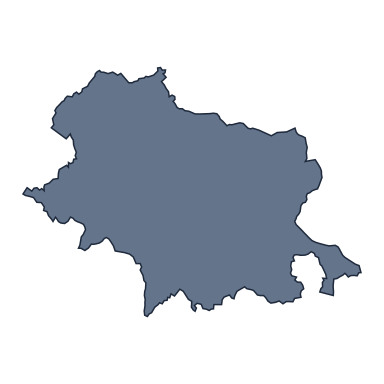 outline of Passo Fundo, Rio Grande do Sul, Brazil
{"feature_id": "56859067B65204532927466", "entity_name": "Passo Fundo", "entity_type": "district", "adm_level": 2, "iso_a3": "BRA", "parent_name": "Brazil", "parent_adm1": "Rio Grande do Sul", "projection": "robinson", "projection_center": [-52.438, -28.266], "detail": "fine", "context": "isolated", "style": "filled", "palette": "slate", "viewbox_px": 384, "rotation_deg": 0, "n_neighbors": 0, "source": "geoboundaries", "source_scale": "gbopen_adm2", "svg_char_len": 4184}
<svg xmlns="http://www.w3.org/2000/svg" viewBox="0 0 384 384"><path d="M25.3,195.4L29.9,196.5L33.6,197.6L36.8,202.3L41.3,202.6L44.3,207.0L43.6,210.5L47.0,211.6L48.5,215.6L51.7,219.4L53.0,221.5L55.5,217.2L57.0,219.1L58.5,221.6L60.8,223.0L64.6,223.5L67.9,221.3L70.5,217.1L73.1,218.3L74.9,220.4L77.4,221.7L80.4,222.8L83.4,224.3L84.8,226.8L85.5,229.7L83.3,234.4L81.3,236.9L79.9,245.1L78.5,248.2L81.0,248.3L84.9,250.5L88.5,248.0L91.4,244.1L93.5,244.3L95.9,243.9L99.4,243.0L102.1,241.2L104.3,238.5L106.2,237.5L108.7,238.8L110.5,241.2L113.4,245.8L115.2,251.0L124.5,252.6L129.6,254.1L133.3,257.0L136.1,263.6L140.2,263.6L141.6,267.0L140.2,270.0L143.0,275.4L143.9,280.4L145.9,282.9L145.7,285.7L145.5,288.9L144.7,291.5L144.4,295.5L145.2,299.5L144.9,302.6L145.0,305.6L144.2,311.0L144.7,315.2L147.4,316.5L149.1,314.0L151.6,312.7L153.5,309.4L154.8,307.2L158.0,304.7L159.5,302.8L162.2,303.8L164.2,300.6L167.1,300.3L167.7,297.4L169.7,297.8L171.0,293.9L174.5,296.0L179.8,289.2L183.3,291.3L188.4,299.4L191.7,301.3L191.6,304.7L191.4,307.2L193.3,310.0L195.1,311.3L196.4,308.0L194.4,305.6L197.1,303.3L201.2,304.3L203.0,308.6L206.4,309.2L209.2,310.5L211.3,309.1L213.5,308.9L213.9,304.6L221.6,304.6L222.2,299.7L224.1,297.1L226.8,296.0L229.5,295.0L231.7,298.0L234.0,298.8L234.7,296.0L235.9,293.4L237.0,291.3L238.9,290.1L244.7,286.8L246.6,288.6L248.9,289.2L251.0,289.6L253.4,290.4L255.6,292.8L257.4,295.0L260.7,295.6L263.5,295.5L265.6,297.5L268.0,301.2L270.9,303.1L275.3,302.4L279.2,301.0L283.0,303.8L286.2,301.6L289.3,301.6L292.9,301.8L294.6,298.4L301.0,297.3L300.3,293.9L301.3,290.7L303.7,288.8L302.7,285.2L300.7,282.2L297.4,282.1L294.8,280.0L296.5,277.1L291.8,275.8L290.5,273.1L291.7,269.6L290.7,266.0L291.4,261.8L294.4,260.9L293.0,257.4L294.3,255.0L297.1,254.7L300.6,255.3L305.2,255.1L308.0,254.1L311.2,251.7L314.4,253.4L315.3,256.1L318.5,257.6L320.1,264.4L321.9,266.0L324.2,270.9L325.8,274.4L326.6,278.5L322.8,278.2L323.9,280.3L322.4,282.5L322.6,286.9L320.9,288.6L319.8,292.0L333.3,295.5L333.5,291.6L333.1,286.1L333.8,279.1L337.0,278.5L340.0,276.6L342.9,275.1L344.9,273.3L346.7,275.0L348.3,277.0L350.7,275.6L353.8,275.4L357.2,275.8L358.7,272.8L361.0,272.6L359.1,265.6L355.4,264.2L352.1,262.1L347.8,259.3L344.9,257.4L342.7,255.3L341.0,252.2L339.4,249.1L338.0,246.9L335.2,245.3L332.2,245.6L329.1,245.9L325.8,245.2L319.1,243.4L315.6,242.3L312.0,240.6L308.8,237.6L306.5,235.2L304.6,233.3L302.2,230.7L299.8,228.3L298.2,226.7L296.1,224.6L294.7,221.3L296.0,218.9L296.7,216.4L298.6,214.3L300.1,211.6L300.5,208.7L300.9,205.8L302.8,203.0L305.4,202.3L306.9,199.5L306.3,196.3L307.3,193.6L309.7,192.8L312.1,190.8L315.0,189.6L317.5,188.9L319.0,185.6L320.6,181.2L322.0,177.5L321.5,174.5L321.4,171.2L320.4,168.2L318.8,165.4L317.2,162.8L315.2,159.7L307.7,161.0L305.3,161.5L306.9,158.5L306.3,152.3L307.2,147.4L306.2,143.6L305.2,137.8L302.2,136.2L299.1,135.1L297.3,133.7L296.1,131.8L295.0,128.1L286.7,131.9L277.2,132.5L271.3,135.8L258.8,130.1L252.7,128.2L250.4,128.9L248.0,128.2L243.3,123.5L239.8,122.8L236.4,123.6L231.8,124.8L229.5,124.5L226.9,125.7L223.2,121.7L220.2,119.1L219.2,116.5L216.8,113.7L213.2,113.2L210.3,113.6L199.5,114.0L195.0,113.9L188.8,111.2L184.9,110.7L182.4,108.7L179.4,108.8L177.2,107.6L174.9,103.5L173.1,101.3L175.0,99.4L174.7,96.5L172.0,95.1L169.2,96.8L168.5,91.7L166.2,88.6L164.2,84.8L161.5,81.7L166.1,77.3L163.1,73.8L165.0,72.8L165.5,70.0L162.2,70.1L160.5,67.5L157.6,68.0L157.9,71.0L153.7,75.1L148.3,76.9L145.9,76.4L144.1,78.0L138.9,78.7L137.8,80.8L134.2,81.6L132.2,82.8L128.7,82.7L120.8,73.4L117.6,75.2L115.4,73.7L112.7,72.1L108.1,73.6L103.7,72.2L101.2,72.2L99.5,70.5L97.3,71.7L95.4,73.7L94.7,76.5L89.3,82.9L87.6,86.3L82.5,88.8L81.8,91.9L78.8,94.2L76.5,92.1L73.8,93.8L72.3,96.8L67.3,96.2L65.1,98.5L64.1,100.7L62.2,101.7L59.8,104.3L56.7,107.5L54.9,110.5L56.0,113.0L52.5,118.6L53.8,124.8L51.3,127.8L66.2,138.8L70.3,134.0L71.2,136.8L73.3,140.1L73.6,144.6L74.7,148.3L76.3,152.3L75.2,155.7L76.5,158.8L73.7,159.2L73.0,162.5L70.4,163.7L68.5,162.5L68.4,167.2L66.6,165.3L59.3,169.5L58.4,173.3L58.1,178.5L53.1,179.3L49.4,183.0L44.6,184.9L43.9,187.2L44.2,190.7L41.7,188.6L39.6,190.1L37.0,187.7L34.0,188.2L31.8,191.1L27.1,187.7L23.0,194.0L25.3,195.4Z" fill="#64748b" stroke="#1e293b" stroke-width="1.5"/></svg>